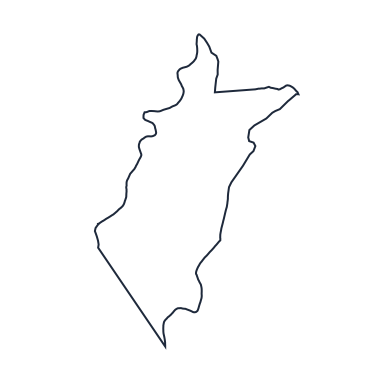 the district of Morne Palama, Choiseul, Saint Lucia, rotated 189°
{"feature_id": "8701671B53815212038994", "entity_name": "Morne Palama", "entity_type": "district", "adm_level": 2, "iso_a3": "LCA", "parent_name": "Saint Lucia", "parent_adm1": "Choiseul", "projection": "robinson", "projection_center": [-61.04, 13.788], "detail": "fine", "context": "isolated", "style": "outline", "palette": "slate", "viewbox_px": 384, "rotation_deg": 189, "n_neighbors": 0, "source": "geoboundaries", "source_scale": "gbopen_adm2", "svg_char_len": 6080}
<svg xmlns="http://www.w3.org/2000/svg" viewBox="0 0 384 384"><g transform="rotate(189 192 192)"><path d="M209.6,348.8L210.1,348.7L210.3,348.5L210.6,347.9L211.0,347.0L211.2,346.0L211.2,345.1L211.1,344.1L211.1,343.2L211.0,342.8L210.8,340.9L210.7,339.4L210.6,338.8L210.5,338.3L210.2,337.7L209.9,336.8L209.7,336.1L209.3,334.5L209.1,333.4L208.9,332.4L208.8,331.6L208.7,330.8L208.7,329.8L208.7,328.9L208.8,328.2L208.8,327.3L208.8,326.3L208.9,325.8L209.1,324.6L209.5,323.6L209.9,323.0L210.1,322.5L210.5,321.7L211.1,320.8L211.5,320.3L212.3,319.3L212.6,319.0L212.9,318.6L213.6,317.9L213.7,317.7L214.2,317.0L215.0,316.2L215.8,315.6L216.8,314.9L219.3,313.8L220.5,313.3L221.6,312.6L222.1,312.3L222.4,312.1L223.4,311.2L224.7,309.0L224.9,308.2L225.0,307.2L224.8,306.6L224.4,305.1L224.2,304.2L224.1,303.6L223.8,302.7L223.1,301.4L222.6,300.5L221.9,299.6L219.7,296.9L219.2,296.1L218.6,295.0L217.9,294.2L216.8,292.7L216.2,291.1L215.9,289.9L215.9,288.9L215.9,288.0L216.0,287.1L216.2,286.1L216.3,285.5L216.6,284.6L216.8,283.7L217.1,282.7L217.5,281.7L218.0,280.7L218.5,279.7L219.7,277.9L219.9,277.4L220.1,277.1L220.6,276.3L221.2,275.7L222.0,275.1L222.6,274.7L223.3,274.3L224.2,273.8L225.1,273.2L227.2,271.5L230.4,270.0L233.1,268.7L235.5,267.2L236.7,266.6L237.9,266.3L238.5,266.2L238.9,266.1L239.5,266.1L241.1,266.0L241.7,266.0L242.6,265.9L243.5,265.8L244.7,265.7L245.5,265.5L246.5,265.4L247.7,264.8L248.4,264.3L249.4,263.8L249.9,263.6L251.3,263.3L251.9,260.6L251.8,259.6L251.5,257.5L249.7,256.0L248.4,255.6L247.3,255.4L246.1,255.1L244.8,254.7L243.6,254.4L242.7,254.2L242.1,254.0L241.6,253.8L240.7,253.0L240.0,252.4L239.3,251.6L239.0,251.0L238.8,250.5L238.3,249.1L237.8,248.1L237.5,247.3L237.2,246.5L236.9,245.6L236.7,245.0L236.7,244.1L236.9,243.5L237.3,242.7L237.8,242.1L238.2,241.9L238.8,241.5L239.4,241.1L239.9,240.9L241.1,240.5L242.2,240.4L242.5,240.4L243.5,240.2L244.0,240.2L244.9,239.9L245.4,239.7L245.7,239.6L246.2,239.3L246.7,238.9L247.1,238.5L247.6,238.1L248.3,237.2L249.1,236.7L249.8,236.0L250.1,235.7L250.6,234.9L251.4,233.6L251.4,232.8L251.6,232.0L251.8,230.9L251.8,230.3L251.7,229.2L251.6,228.6L251.4,227.8L250.4,225.7L250.0,225.0L248.5,222.2L248.0,221.4L247.8,220.2L247.9,219.7L248.2,218.4L249.2,215.8L249.7,214.2L250.1,212.8L250.5,211.3L250.9,210.3L251.4,209.0L251.7,207.7L252.0,207.1L252.5,205.7L253.4,204.3L253.8,203.7L254.4,202.7L255.9,200.3L257.2,195.3L257.3,195.0L257.5,194.6L257.6,194.3L257.9,193.4L258.0,192.8L258.1,192.3L258.1,191.9L258.1,191.4L258.1,191.0L257.8,189.0L257.7,188.6L257.6,188.1L257.6,187.8L257.7,187.3L257.7,186.7L257.7,186.3L257.6,186.0L257.5,185.6L257.3,185.0L257.1,184.5L257.0,184.0L257.0,183.6L256.9,183.3L256.8,182.6L256.7,182.3L256.7,181.9L256.7,181.5L256.6,181.0L256.6,180.5L256.6,180.2L256.5,179.7L256.5,179.2L256.4,178.9L256.4,178.4L256.3,178.1L256.3,177.6L256.2,177.3L256.2,176.4L256.3,176.0L256.3,175.6L256.4,175.2L256.5,174.8L256.5,174.5L256.7,173.4L256.8,173.0L256.9,172.7L256.9,172.2L257.0,171.7L257.0,171.3L257.2,170.5L257.2,170.1L257.3,169.6L257.5,169.2L257.6,168.9L257.7,168.6L257.8,168.2L258.0,167.9L258.1,167.6L258.3,167.2L258.6,166.9L258.8,166.5L259.0,166.2L259.5,165.7L259.6,165.4L259.9,165.2L260.1,164.9L260.4,164.6L260.6,164.4L260.8,164.2L261.1,163.8L261.4,163.6L261.6,163.2L262.0,162.7L262.2,162.4L262.4,162.1L262.6,161.8L262.8,161.5L263.0,161.2L263.7,160.4L264.0,160.1L264.3,159.7L264.5,159.4L265.1,158.8L265.4,158.4L265.7,158.1L265.9,157.8L266.2,157.5L266.4,157.3L266.7,157.1L267.2,156.7L269.5,154.6L269.8,154.4L270.0,154.2L270.5,153.7L270.8,153.5L271.3,153.1L271.8,152.7L272.3,152.3L272.5,152.1L272.8,151.9L273.2,151.5L273.4,151.3L274.1,150.6L274.7,150.1L275.0,149.8L275.2,149.6L275.5,149.5L275.8,149.3L276.3,148.8L276.6,148.5L276.9,148.2L277.2,148.0L277.5,147.7L278.5,146.7L278.7,146.4L279.7,145.9L279.4,145.5L279.9,144.8L281.6,141.4L281.8,138.2L280.5,135.9L279.0,133.1L277.2,129.2L276.0,125.5L276.0,122.3L194.3,35.2L194.5,36.4L194.8,37.8L195.0,39.1L195.4,40.5L195.8,41.9L196.7,44.5L197.2,45.8L197.8,47.3L198.1,48.2L198.5,49.8L198.6,50.5L198.8,51.5L199.1,53.2L199.2,54.3L199.4,55.5L199.4,56.9L199.4,57.2L199.3,59.2L199.0,60.1L198.3,61.5L197.0,63.3L196.4,64.4L195.3,65.5L194.9,66.0L193.5,67.7L192.7,69.0L192.2,69.6L191.6,70.7L191.2,71.4L190.5,72.5L189.9,73.3L188.6,74.4L187.9,74.9L187.1,75.1L186.1,75.3L184.8,75.6L182.8,75.4L180.1,75.6L179.0,75.3L177.0,74.9L175.5,74.6L173.7,74.1L172.3,73.6L171.1,73.5L170.0,73.8L169.3,74.1L168.5,74.9L168.0,75.5L167.7,76.6L167.4,78.3L167.2,80.2L167.0,81.7L166.8,83.1L166.5,84.5L166.3,86.3L166.0,88.8L166.1,90.8L166.6,93.1L166.8,94.9L167.1,96.8L167.5,98.6L168.0,100.0L168.8,102.0L170.4,104.0L171.3,105.4L172.2,106.5L172.9,107.9L173.5,109.0L174.0,109.9L174.4,110.8L174.9,111.3L175.3,112.1L175.4,112.8L175.4,114.0L175.2,115.4L174.7,117.5L174.1,119.5L173.8,120.0L173.2,121.8L172.5,123.4L171.5,125.0L170.9,126.2L170.0,127.8L169.3,129.1L168.5,130.2L167.5,131.5L166.3,133.4L165.1,135.4L163.5,137.6L161.7,140.4L160.7,142.2L159.8,143.5L159.0,144.8L158.0,146.5L157.4,147.5L156.9,148.1L156.5,148.6L156.7,150.3L157.0,151.3L157.2,152.8L157.4,154.3L157.4,156.3L157.3,158.7L157.3,160.5L157.1,162.6L156.9,164.6L156.7,166.7L156.6,168.4L156.4,170.1L155.9,177.2L155.7,179.6L155.5,181.2L155.3,182.6L155.3,184.2L155.3,186.3L155.4,187.6L155.4,188.7L155.5,190.9L155.7,192.1L155.9,193.8L156.1,196.5L156.2,202.6L154.6,207.8L145.8,225.8L140.8,238.1L137.7,242.0L136.6,247.3L138.9,250.4L143.5,251.2L145.0,254.7L145.0,262.2L140.8,267.5L130.1,276.2L125.1,282.8L122.4,285.0L118.2,287.6L111.4,296.8L110.3,298.0L107.4,301.4L105.5,303.6L104.6,304.8L102.5,305.2L102.2,305.2L103.4,307.1L105.0,308.2L107.1,310.0L108.9,311.1L111.5,312.1L112.6,312.3L114.5,312.3L115.7,311.8L118.1,309.5L119.5,308.6L121.3,307.2L122.3,306.8L122.8,306.7L123.5,307.1L125.8,307.1L128.3,307.3L130.6,307.3L132.5,307.9L133.7,307.3L135.8,306.2L136.9,305.6L139.5,305.2L141.5,304.6L142.4,304.5L143.9,303.9L145.8,303.2L146.8,303.0L185.0,294.0L185.4,299.1L185.8,307.8L185.0,312.0L185.8,316.7L186.4,324.9L187.5,327.2L189.3,330.3L192.2,331.6L194.6,332.7L197.7,338.3L200.4,341.6L203.9,345.4L209.0,348.7L209.6,348.8Z" fill="none" stroke="#1e293b" stroke-width="2"/></g></svg>